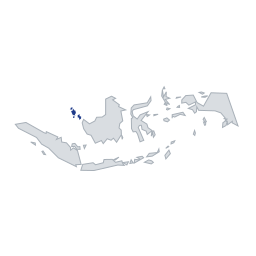 Natuna, Kepulauan Riau, Indonesia (highlighted), rotated 340°
{"feature_id": "22746128B6637644559706", "entity_name": "Natuna", "entity_type": "district", "adm_level": 2, "iso_a3": "IDN", "parent_name": "Indonesia", "parent_adm1": "Kepulauan Riau", "projection": "natural_earth1", "projection_center": [108.338, 3.627], "detail": "fine", "context": "in_parent", "style": "filled", "palette": "blue", "viewbox_px": 256, "rotation_deg": 340, "n_neighbors": 0, "source": "geoboundaries", "source_scale": "gbopen_adm2", "svg_char_len": 5537}
<svg xmlns="http://www.w3.org/2000/svg" viewBox="0 0 256 256"><g transform="rotate(340 128 128)"><path d="M89.2,104.7L93.2,110.9L99.2,110.1L102.2,107.2L107.5,108.9L111.6,107.7L116.9,93.2L123.4,92.5L126.5,95.9L123.2,96.3L127.8,103.2L126.5,104.7L132.0,110.2L127.1,109.6L125.5,119.5L121.8,121.0L119.6,124.9L120.9,127.6L119.5,132.0L112.4,137.5L110.8,132.6L107.9,133.7L104.8,131.0L99.4,134.2L98.7,130.7L92.1,131.1L90.8,122.2L87.5,119.7L86.1,113.5L86.7,107.5L89.2,104.7ZM23.4,86.0L34.0,87.9L47.6,103.8L49.2,105.1L50.0,103.5L59.0,112.4L56.8,114.3L62.0,113.9L60.9,118.5L65.1,120.9L67.3,126.5L66.5,129.2L69.9,128.0L72.8,131.9L71.5,146.2L66.4,144.6L66.3,146.7L52.4,132.2L46.6,119.8L41.3,113.6L38.8,105.6L25.0,90.8L23.4,86.0ZM232.6,129.2L232.1,163.7L227.7,158.8L228.3,157.4L222.7,159.0L223.6,155.6L222.1,153.8L222.6,153.6L223.5,153.7L224.1,153.5L221.5,152.1L222.7,151.7L220.4,145.5L215.6,141.6L200.5,135.6L199.9,131.6L197.9,136.1L195.7,136.9L194.9,132.9L191.4,130.2L199.3,129.3L200.3,126.6L193.0,127.3L191.2,123.7L187.0,123.0L188.2,120.0L193.4,117.3L200.6,119.4L201.6,127.7L206.4,133.3L218.1,123.3L232.6,129.2ZM159.0,110.2L153.8,113.8L139.3,112.6L137.5,114.0L137.0,118.4L139.7,122.7L143.9,119.8L152.4,119.5L142.9,125.4L147.1,130.8L146.9,134.6L149.8,138.7L143.9,140.6L144.0,137.1L140.7,134.1L141.5,130.0L139.6,129.5L137.8,131.0L138.6,145.0L134.6,145.1L134.9,136.8L134.2,134.0L131.5,133.4L131.1,129.8L134.4,120.2L136.0,120.0L135.4,115.9L137.9,110.3L141.6,108.4L154.7,110.9L160.0,106.5L159.0,110.2ZM73.0,146.7L83.3,148.7L84.9,151.4L92.9,152.2L94.7,149.4L102.5,152.1L104.6,156.0L111.0,156.7L110.9,159.9L111.8,161.9L105.7,159.3L81.4,156.3L69.2,151.6L73.0,146.7ZM172.0,110.9L176.4,107.1L174.5,111.5L177.4,114.3L172.8,113.9L175.2,120.2L171.9,116.7L170.6,109.4L173.4,103.8L172.0,110.9ZM174.1,130.6L185.0,132.0L186.0,135.8L181.7,133.0L175.6,133.7L173.8,132.1L172.8,133.9L174.1,130.6ZM149.2,161.0L141.2,162.7L135.6,161.5L139.3,159.1L147.1,161.1L149.8,158.3L149.2,161.0ZM126.3,158.6L131.6,159.4L132.5,161.3L121.8,163.1L123.6,159.7L127.2,161.6L128.4,160.9L126.3,158.6ZM158.9,162.8L159.0,166.6L153.0,170.0L153.3,166.3L158.9,162.8ZM72.8,124.3L74.3,128.5L76.4,129.0L75.7,131.7L72.6,130.4L71.6,127.0L68.7,126.2L70.2,123.8L72.8,124.3ZM221.0,159.2L217.0,159.8L219.0,155.5L222.2,154.6L223.2,156.2L221.0,159.2ZM136.5,165.1L139.0,166.9L140.1,169.0L137.6,169.7L131.7,165.8L136.5,165.1ZM168.0,131.8L169.7,134.7L167.2,135.7L164.3,133.5L164.5,131.9L168.0,131.8ZM111.3,158.7L116.9,159.9L114.3,162.3L111.3,158.7ZM120.1,158.9L120.9,162.5L117.6,162.0L120.1,158.9ZM82.8,129.7L80.0,132.4L80.2,129.0L82.8,129.7ZM203.2,144.2L203.8,148.8L202.5,149.0L201.5,145.6L203.2,144.2ZM109.5,152.3L105.2,153.7L103.3,152.9L109.5,152.3ZM151.2,139.5L151.2,143.7L148.7,145.4L149.7,139.9L151.2,139.5ZM31.8,107.9L35.7,110.3L35.2,112.4L31.8,107.9ZM41.4,124.8L39.8,124.0L39.1,120.6L40.3,120.5L41.4,124.8ZM188.2,157.8L187.3,156.1L189.7,153.1L189.6,155.8L188.2,157.8ZM184.1,115.8L188.5,117.0L183.5,116.5L184.1,115.8ZM156.9,124.2L161.0,125.4L156.5,125.3L156.9,124.2ZM149.2,141.5L147.0,143.6L149.0,139.9L149.2,141.5ZM207.0,118.9L209.4,119.3L211.6,121.2L209.5,121.7L207.0,118.9ZM167.6,156.0L166.0,157.5L163.0,157.7L163.8,156.0L167.6,156.0ZM202.9,149.5L201.9,151.7L200.9,151.6L201.0,148.2L202.9,149.5ZM174.0,124.2L171.3,124.6L170.5,123.8L171.6,122.5L174.0,124.2ZM207.4,123.9L210.8,124.2L213.9,125.0L210.9,125.5L207.4,123.9ZM150.0,121.7L152.7,123.1L149.9,123.8L150.0,121.7ZM176.1,103.7L174.2,103.3L176.0,101.7L176.1,103.7ZM156.5,160.0L159.5,158.7L159.9,159.5L156.5,160.0ZM184.0,124.4L183.5,126.3L181.2,125.3L182.4,124.7L184.0,124.4ZM119.8,135.3L118.6,136.6L119.6,132.6L119.8,135.3ZM171.3,117.1L172.7,119.7L172.2,120.1L170.1,118.1L171.3,117.1Z" fill="#d9dde1" stroke="#a8b0b8" stroke-width="1"/><path d="M82.8,93.0L82.7,93.1L82.6,93.4L82.5,93.5L82.4,93.5L82.2,93.7L82.1,93.9L82.0,94.0L81.9,94.0L81.7,94.2L81.6,94.3L81.7,94.5L81.8,94.7L81.9,94.8L82.0,95.0L82.3,95.2L82.5,95.3L82.8,95.4L82.8,95.2L82.8,95.4L82.9,95.5L83.0,95.7L83.0,95.8L83.0,95.7L82.9,95.7L82.7,95.4L82.6,95.5L82.4,95.6L82.2,95.9L82.2,96.0L82.4,96.0L82.5,96.2L82.8,96.1L83.0,96.1L83.2,95.8L83.2,95.7L83.3,95.6L83.4,95.4L83.5,95.4L83.6,95.2L83.6,94.9L83.5,95.0L83.5,94.9L83.4,94.8L83.6,94.8L83.6,94.7L83.6,94.4L83.4,94.3L83.4,94.2L83.1,94.0L83.1,93.8L82.9,93.7L82.8,93.4L82.8,93.2L82.8,93.0ZM85.8,99.5L85.7,99.5L85.6,99.8L85.5,100.0L85.4,100.0L85.4,100.3L85.5,100.4L85.7,100.2L85.8,100.2L85.8,99.9L85.8,99.6L85.8,99.5ZM86.4,101.9L86.2,101.9L86.2,102.0L86.3,102.1L86.5,102.1L86.4,102.1L86.4,102.3L86.5,102.3L86.6,102.2L86.6,102.3L86.6,102.2L86.7,102.3L86.8,102.2L86.8,102.3L86.8,102.2L86.7,102.1L86.4,101.9L86.4,101.9ZM81.8,90.2L81.7,90.2L81.7,90.3L81.6,90.5L81.4,90.6L81.6,90.7L81.8,90.2L81.8,90.2ZM80.8,99.4L80.7,99.5L80.8,99.7L80.8,99.4ZM82.2,96.2L82.2,96.3L82.1,96.5L82.1,96.4L82.2,96.5L82.3,96.4L82.2,96.4L82.3,96.3L82.2,96.2ZM81.8,95.2L81.7,95.3L81.8,95.3L81.9,95.5L81.9,95.4L81.9,95.5L82.0,95.5L81.9,95.4L81.9,95.2L81.8,95.2ZM85.6,99.3L85.7,99.5L85.8,99.4L85.7,99.4L85.6,99.3ZM81.4,94.8L81.3,94.7L81.3,94.8L81.4,94.8ZM81.1,93.4L81.1,93.5L81.2,93.4L81.1,93.4ZM86.0,100.8L85.9,100.9L85.8,101.0L86.0,100.9L86.0,100.8ZM84.4,101.4L84.4,101.2L84.4,101.4L84.4,101.4ZM82.0,96.4L82.0,96.5L81.9,96.5L82.0,96.6L82.0,96.4ZM86.1,102.2L86.1,102.3L86.2,102.2L86.1,102.2ZM82.7,92.9L82.6,93.0L82.7,92.9ZM86.3,102.2L86.3,102.3L86.3,102.2L86.3,102.2ZM87.1,101.7L87.1,101.8L87.1,101.7L87.1,101.7ZM85.7,100.8L85.8,100.8L85.7,100.8ZM82.0,96.4L81.9,96.3L82.0,96.4ZM85.3,101.0L85.2,101.0L85.3,101.0Z" fill="#3b82f6" stroke="#1e3a8a" stroke-width="1.5"/></g></svg>